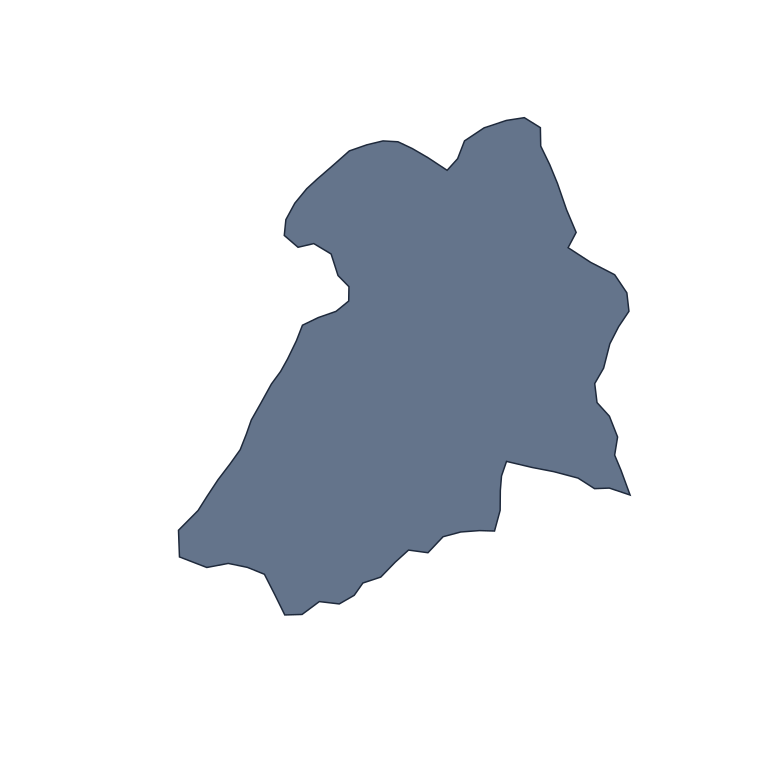 the district of Dom Cavati, Minas Gerais, Brazil, rotated 150°
{"feature_id": "56859067B30416877761671", "entity_name": "Dom Cavati", "entity_type": "district", "adm_level": 2, "iso_a3": "BRA", "parent_name": "Brazil", "parent_adm1": "Minas Gerais", "projection": "mercator", "projection_center": [-42.09, -19.387], "detail": "fine", "context": "isolated", "style": "filled", "palette": "slate", "viewbox_px": 768, "rotation_deg": 150, "n_neighbors": 0, "source": "geoboundaries", "source_scale": "gbopen_adm2", "svg_char_len": 1263}
<svg xmlns="http://www.w3.org/2000/svg" viewBox="0 0 768 768"><g transform="rotate(150 384 384)"><path d="M647.6,336.5L629.2,313.7L608.6,306.5L594.0,293.5L582.7,279.0L583.9,256.3L585.4,233.6L570.2,225.4L548.8,227.9L532.7,215.9L515.4,215.9L501.8,222.2L483.3,218.4L463.3,224.1L445.8,227.9L430.3,215.9L409.2,222.2L391.6,217.5L374.6,209.3L361.8,201.4L346.6,216.5L336.5,233.6L328.2,245.6L316.6,255.7L297.5,237.7L280.8,223.2L263.0,205.5L254.0,188.1L240.9,181.2L226.4,164.8L221.9,190.7L219.8,207.1L208.2,221.3L204.9,243.4L208.8,261.4L201.3,279.0L185.9,287.9L168.3,305.9L152.2,316.3L135.5,324.5L128.1,341.5L129.6,363.3L144.2,386.0L156.4,410.0L141.8,419.2L138.8,443.5L133.5,470.9L130.8,491.1L129.3,511.7L120.4,527.8L129.3,544.5L146.3,551.1L169.2,555.8L192.7,554.3L207.6,542.3L222.5,537.5L232.6,557.7L241.8,573.8L250.8,586.8L263.3,595.0L279.1,599.7L297.5,603.2L317.5,599.1L338.9,595.0L353.2,591.8L370.8,585.2L386.8,575.4L396.1,562.5L390.1,545.4L374.6,540.7L364.8,523.0L369.6,500.9L365.7,485.8L373.1,473.5L389.2,470.9L407.7,474.4L425.2,475.7L438.3,465.2L455.0,453.9L467.2,446.6L481.5,440.3L500.9,428.6L516.9,419.2L528.3,409.4L541.4,399.0L557.4,391.7L575.6,384.1L593.2,375.3L608.3,367.4L635.1,360.1L647.6,336.5Z" fill="#64748b" stroke="#1e293b" stroke-width="1.5"/></g></svg>